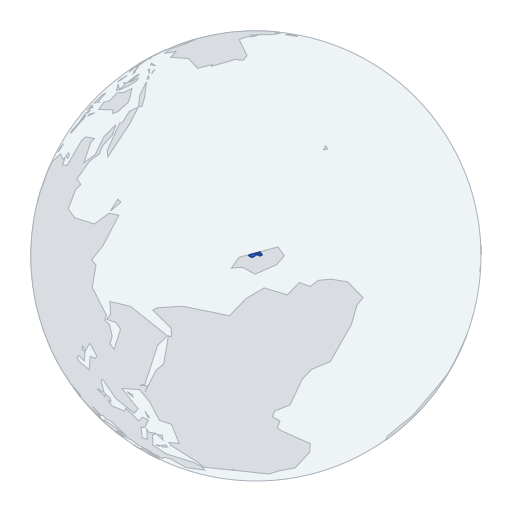 Atsinanana highlighted on a globe, orthographic projection, rotated 237°
{"feature_id": "MDG-5868", "entity_name": "Atsinanana", "entity_type": "Autonomous Province", "adm_level": 1, "iso_a3": "MDG", "parent_name": "Madagascar", "parent_adm1": "", "projection": "orthographic", "projection_center": [48.339, -18.983], "detail": "fine", "context": "on_globe", "style": "filled", "palette": "blue", "viewbox_px": 512, "rotation_deg": 237, "n_neighbors": 0, "source": "natural_earth", "source_scale": "10m", "svg_char_len": 6898}
<svg xmlns="http://www.w3.org/2000/svg" viewBox="0 0 512 512"><g transform="rotate(237 256 256)"><circle cx="256" cy="256" r="225" fill="#eef3f6" stroke="#a8b0b8"/><path d="M30.9,266.0L31.1,264.5L33.2,268.1L34.9,281.1L36.8,300.4L47.0,334.7L52.8,352.6L59.9,366.3L74.3,389.1L75.0,390.1L65.6,376.4L57.2,361.9L49.9,346.9L43.7,331.4L38.7,315.4L34.9,299.1L32.3,282.6L30.9,266.0ZM134.2,445.5L136.5,446.7L142.1,450.3L141.9,450.3L134.2,445.5ZM124.9,438.7L120.6,435.2L121.4,435.5L124.5,438.0L124.9,438.7ZM234.7,31.7L245.1,31.4L240.2,32.0L232.6,32.4L236.5,33.1L237.7,32.5L241.3,32.5L246.2,31.6L249.0,31.6L249.0,31.0L253.0,31.0L252.9,31.4L263.6,31.0L272.8,31.5L273.9,31.5L272.4,31.3L285.0,32.7L281.2,32.1L280.4,32.0L289.6,33.2L291.5,33.5L291.3,33.8L293.1,34.1L294.3,34.0L291.5,33.5L307.5,36.7L323.2,41.0L338.6,46.4L353.5,52.9L368.0,60.5L381.8,69.1L395.0,78.7L407.5,89.2L419.1,100.6L419.7,101.7L424.7,107.1L427.9,110.4L430.5,114.3L439.9,126.4L446.2,136.7L448.0,147.7L442.0,146.7L442.7,149.8L437.6,143.3L434.9,147.0L447.6,172.0L448.7,178.0L442.4,184.5L441.6,179.7L428.1,162.5L428.5,176.2L438.8,193.3L442.5,210.1L435.8,201.7L431.8,186.9L427.0,180.4L426.2,168.0L418.2,147.8L411.4,148.1L409.9,141.0L397.9,124.2L386.9,124.7L370.8,137.9L371.9,156.2L364.8,163.1L348.2,133.6L342.3,116.2L335.3,116.7L319.0,101.6L287.9,98.3L284.4,94.3L278.4,95.8L267.1,91.7L262.0,85.7L254.8,86.1L268.4,102.5L276.3,102.4L284.2,96.3L286.4,102.4L297.4,108.7L282.0,123.4L237.4,138.1L234.6,124.7L208.9,93.0L210.6,89.4L210.5,89.1L210.3,88.4L206.3,94.3L202.4,88.8L214.5,109.6L215.8,119.8L236.7,139.0L234.4,141.3L241.6,145.5L266.7,140.0L266.5,144.7L253.7,167.2L220.3,201.3L225.7,224.5L224.9,245.4L206.3,261.1L210.2,277.9L200.9,284.9L201.7,294.9L195.5,306.6L184.3,318.8L162.9,323.0L159.8,313.9L146.4,298.4L127.0,260.8L130.6,241.5L127.9,228.4L112.6,203.6L115.8,187.3L112.2,182.2L104.4,186.2L100.4,180.3L95.9,181.9L69.1,199.3L62.2,194.2L57.0,173.0L62.8,159.8L66.1,148.2L107.6,96.8L113.9,95.2L143.7,81.4L147.0,81.4L140.7,89.5L160.9,93.4L170.7,85.5L191.7,87.4L207.4,85.6L217.9,71.4L192.1,73.8L190.4,68.2L213.2,60.8L236.1,60.3L236.1,58.2L223.9,54.2L231.5,50.4L220.0,52.8L222.9,54.5L215.8,56.3L212.7,55.0L215.5,53.5L209.2,53.3L197.5,61.4L199.2,64.0L181.4,68.0L182.6,73.0L177.0,76.5L172.8,69.4L175.0,66.3L165.4,61.6L161.5,65.1L170.3,70.0L166.5,70.2L161.3,76.0L162.3,71.8L153.7,66.6L139.2,72.8L116.6,91.4L109.0,95.8L104.4,96.5L116.7,82.0L132.4,73.9L137.0,69.7L137.3,66.8L142.0,64.9L144.1,63.1L150.4,60.5L162.6,53.8L169.5,51.4L177.7,46.5L182.3,44.9L176.2,48.1L175.6,49.4L193.1,45.3L197.5,43.8L201.4,41.3L205.7,40.9L207.2,39.0L218.9,36.9L206.0,38.3L210.2,36.4L219.0,34.4L218.1,34.2L203.7,37.7L200.0,39.0L200.6,39.6L188.6,44.7L181.8,46.8L185.6,43.2L176.4,46.1L183.3,42.9L205.4,36.5L234.7,31.7ZM423.9,105.8L423.4,105.3L420.6,102.2L423.9,105.8ZM90.5,118.3L88.7,121.7L88.6,121.8L90.5,118.3ZM258.7,68.0L273.5,69.1L269.6,61.4L275.0,61.4L271.7,59.0L269.2,60.8L261.6,54.8L269.0,53.3L268.6,50.6L263.6,50.2L251.4,54.2L262.2,62.4L257.6,65.4L258.7,68.0ZM149.3,57.7L150.3,57.5L146.2,59.9L137.5,64.8L143.4,61.0L149.3,57.7ZM152.6,56.7L158.8,52.8L164.4,50.3L160.2,52.2L163.3,50.9L157.4,53.9L156.8,56.0L153.1,58.5L139.1,64.9L145.7,61.2L144.3,61.4L152.6,56.7ZM152.4,77.7L155.2,77.2L160.1,75.8L156.9,79.7L152.4,77.7ZM146.2,74.1L149.0,72.9L146.9,77.1L143.9,77.9L146.2,74.1ZM152.4,69.0L149.4,72.5L149.3,71.1L152.4,69.0ZM179.0,47.1L182.2,46.1L181.8,46.6L179.2,47.9L179.0,47.1ZM212.5,74.0L206.9,76.9L204.9,75.9L207.3,75.0L212.5,74.0ZM179.7,77.6L186.4,78.2L178.8,78.7L179.7,77.6ZM308.4,370.5L310.4,374.5L306.7,374.3L308.4,370.5ZM264.1,241.3L251.6,279.4L240.7,279.8L237.5,268.3L241.3,245.3L253.6,238.8L259.3,228.8L264.1,241.3ZM465.6,267.4L467.5,271.1L467.3,272.0L465.6,267.4ZM463.7,261.1L466.3,264.4L462.9,262.8L463.7,261.1ZM467.2,265.8L469.8,267.0L471.0,266.7L470.5,268.6L467.2,265.8ZM461.7,259.1L449.2,248.4L443.6,241.8L445.4,238.9L454.4,246.3L461.7,259.1ZM445.0,238.5L435.8,222.4L419.9,185.9L425.7,188.8L441.7,214.1L440.7,216.7L446.3,228.4L445.0,238.5ZM465.1,234.4L464.1,243.3L457.6,236.5L454.4,232.4L452.3,218.5L453.5,213.4L456.3,215.7L464.5,204.0L467.9,212.0L465.9,217.7L468.5,228.4L465.1,234.4ZM373.0,158.3L378.9,171.1L374.8,172.0L373.0,158.3ZM465.8,193.9L463.8,198.8L465.0,190.8L465.8,193.9ZM465.4,185.5L466.5,189.9L464.3,184.4L465.4,185.5ZM444.4,155.2L441.6,154.0L440.6,151.1L443.6,151.0L444.4,155.2ZM450.9,145.8L454.4,153.5L455.1,155.8L452.1,149.8L450.9,145.8ZM267.7,31.0L267.9,31.0L267.4,31.0L267.7,31.0ZM417.8,409.9L425.7,401.1L423.8,405.0L417.9,410.7L417.8,409.9ZM438.6,387.9L431.2,397.2L429.3,398.1L432.6,393.6L430.8,394.8L433.3,389.5L441.9,376.2L439.9,377.4L445.1,371.1L440.6,375.4L445.3,366.5L446.7,359.7L428.9,357.6L427.1,351.7L432.1,345.8L439.3,322.0L440.4,323.5L445.3,309.2L458.3,307.0L469.1,292.8L471.1,300.3L475.8,289.6L476.4,297.5L473.3,307.6L470.5,323.1L476.3,302.9L471.7,321.0L465.5,338.7L458.0,355.8L449.0,372.3L438.6,387.9ZM470.3,275.4L473.7,271.7L474.8,273.3L470.3,275.4ZM478.1,293.8L478.8,286.2L479.4,283.6L480.3,275.5L479.7,264.5L479.6,258.4L480.4,258.3L479.2,249.5L480.6,253.3L480.6,264.8L481.2,261.2L481.1,264.8L478.1,293.8ZM479.4,273.4L479.5,274.5L479.1,276.3L479.4,273.4ZM476.6,253.2L476.3,255.6L475.7,252.2L476.6,253.2ZM477.4,253.6L478.8,260.8L477.2,255.4L477.4,253.6ZM470.1,232.3L470.9,239.3L473.6,239.3L471.5,241.9L472.7,254.3L471.8,257.2L470.8,243.9L469.4,254.1L468.1,252.3L468.0,241.9L469.6,232.2L470.9,229.2L475.4,234.1L470.1,232.3ZM477.7,246.3L477.2,238.3L477.4,234.7L478.0,239.5L477.7,246.3ZM474.5,218.9L471.8,208.5L470.4,208.8L472.4,203.7L474.8,214.5L474.5,218.9ZM470.7,200.1L469.5,200.2L470.2,196.8L470.7,200.1ZM468.6,197.1L467.4,191.8L469.0,194.4L468.6,197.1ZM471.6,201.6L470.2,193.5L471.8,199.5L471.6,201.6ZM464.2,179.9L469.1,192.1L464.4,183.3L459.6,167.3L461.3,169.2L464.2,179.9Z" fill="#d9dde1" stroke="#a8b0b8" stroke-width="1"/><path d="M260.3,250.2L260.4,250.8L260.4,251.1L260.3,251.3L260.2,251.8L260.0,252.4L260.0,252.5L260.1,252.8L259.9,253.0L259.8,253.8L259.7,254.0L259.6,254.3L259.4,254.7L259.2,255.5L258.9,256.1L258.7,256.3L258.4,257.6L257.9,258.8L257.8,259.4L257.8,259.5L257.7,260.0L257.6,259.9L257.6,260.0L257.3,260.8L257.1,261.4L257.0,261.6L256.7,261.5L256.4,261.6L256.2,261.5L256.2,261.4L256.1,261.2L255.9,261.2L255.7,261.2L255.5,260.9L255.4,260.9L255.3,261.0L255.2,261.2L255.2,261.3L255.1,261.5L254.9,261.7L254.7,261.6L254.4,261.7L254.2,261.7L254.2,261.8L253.9,261.8L253.9,261.7L253.7,261.6L253.6,261.4L253.6,261.1L253.6,260.7L253.7,260.3L253.7,260.1L253.8,259.9L253.9,259.6L254.0,259.5L254.1,259.4L254.2,259.2L254.7,259.1L255.0,258.9L255.3,259.1L255.9,259.2L256.0,258.3L256.3,258.3L256.2,257.6L256.8,257.4L256.9,256.8L257.2,256.7L257.2,255.9L256.9,255.1L256.7,254.5L256.7,253.7L256.9,253.1L257.3,253.0L257.8,252.7L257.7,252.3L257.4,252.0L257.2,251.7L257.4,251.6L257.9,251.6L258.0,251.2L258.5,251.1L259.1,251.0L259.6,250.9L259.6,250.6L259.7,250.3L260.3,250.2Z" fill="#3b82f6" stroke="#1e3a8a" stroke-width="1.5"/></g></svg>